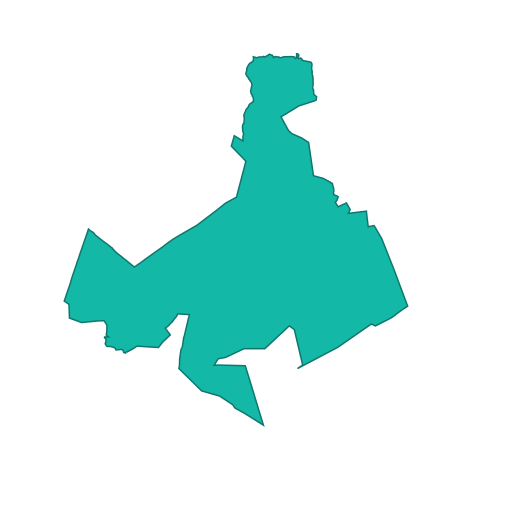 Amatenango del Valle, Chiapas, Mexico, rotated 135°
{"feature_id": "50627088B92291205530410", "entity_name": "Amatenango del Valle", "entity_type": "district", "adm_level": 2, "iso_a3": "MEX", "parent_name": "Mexico", "parent_adm1": "Chiapas", "projection": "albers", "projection_center": [-92.415, 16.516], "detail": "fine", "context": "isolated", "style": "filled", "palette": "teal", "viewbox_px": 512, "rotation_deg": 135, "n_neighbors": 0, "source": "geoboundaries", "source_scale": "gbopen_adm2", "svg_char_len": 5983}
<svg xmlns="http://www.w3.org/2000/svg" viewBox="0 0 512 512"><g transform="rotate(135 256 256)"><path d="M370.4,131.1L364.9,141.4L361.8,147.3L358.7,153.1L355.4,159.2L351.9,165.8L348.8,171.6L341.2,186.0L344.3,189.3L350.1,195.4L356.6,202.2L358.9,204.7L361.9,207.5L362.9,208.3L355.5,210.1L354.1,209.2L349.4,205.9L330.0,198.9L315.3,184.2L309.6,184.0L288.7,183.3L281.9,183.1L280.9,176.9L300.1,145.9L306.3,147.1L262.7,133.6L226.6,127.1L222.5,126.3L221.0,122.1L206.9,117.5L205.1,117.0L203.9,116.6L200.1,115.9L199.5,115.8L199.3,115.8L196.9,115.6L190.4,114.6L185.7,113.6L184.3,113.2L167.9,149.1L156.8,174.8L154.7,179.6L153.8,183.2L153.1,185.8L152.4,188.6L152.3,189.0L152.1,189.7L151.9,190.3L151.5,192.0L151.0,194.0L152.1,194.8L152.5,195.1L152.9,195.3L156.0,197.4L152.7,201.5L152.1,202.3L151.8,202.7L151.5,203.0L151.4,203.2L151.0,203.8L150.5,204.4L149.5,205.6L149.4,205.8L149.0,206.3L148.6,206.7L148.2,207.2L147.5,208.1L147.3,208.4L146.5,209.3L146.2,209.6L147.2,210.4L148.1,211.1L149.1,211.9L149.9,212.6L151.0,213.4L152.2,214.3L153.3,215.2L154.3,216.0L160.5,220.8L156.6,222.2L155.2,227.2L155.2,227.4L155.1,227.5L154.6,229.6L163.1,232.7L162.0,237.8L159.4,238.1L158.8,238.5L156.0,239.7L156.2,240.5L156.4,241.5L156.6,242.0L156.9,242.3L157.2,243.1L157.4,244.5L157.6,244.7L156.9,245.4L156.1,246.3L155.0,246.8L153.7,248.5L153.0,249.4L152.7,249.9L152.4,250.6L152.0,251.2L151.9,251.4L151.3,252.5L150.7,253.4L151.0,253.9L151.2,254.1L151.3,254.3L151.2,254.9L151.1,255.4L151.3,255.7L151.4,256.1L151.4,256.3L151.8,256.9L151.9,258.1L152.1,258.4L153.6,263.4L158.6,272.1L149.3,284.6L147.5,287.0L138.5,299.1L140.3,307.3L144.1,317.1L144.3,321.7L143.9,323.1L139.9,336.7L122.6,332.5L119.5,331.8L118.1,331.1L105.1,324.4L103.3,323.7L100.6,325.6L100.7,329.6L98.8,331.7L97.6,333.2L97.7,333.7L97.4,334.2L97.2,334.8L96.8,335.2L96.4,335.5L95.9,335.7L95.1,336.2L94.4,336.8L90.9,340.4L90.3,341.0L89.7,341.7L89.4,342.4L88.8,342.9L88.5,343.3L88.1,344.1L87.8,344.8L87.4,345.3L86.7,345.8L86.0,346.5L85.4,347.2L85.1,347.9L84.9,348.4L84.4,348.8L83.8,349.6L83.4,349.8L82.5,350.7L81.8,351.1L80.6,352.3L80.4,352.8L80.2,353.5L80.2,354.1L80.4,354.8L83.3,359.1L84.1,360.2L84.6,361.2L84.8,361.7L84.5,362.3L84.3,363.0L84.3,363.7L84.4,364.2L84.7,364.7L85.3,365.0L86.3,365.2L86.3,366.1L85.4,367.0L84.5,367.1L83.9,367.6L83.5,368.2L83.5,369.3L84.3,370.3L85.1,369.2L85.5,368.6L85.8,368.7L86.1,368.8L86.5,368.6L86.8,368.1L87.1,367.5L87.9,367.5L88.6,367.9L88.3,370.1L90.4,372.4L95.7,377.4L97.8,378.4L98.8,379.1L99.0,379.6L99.1,380.7L100.1,381.5L101.1,383.2L102.3,383.8L103.2,383.7L103.1,384.3L102.5,386.6L103.4,387.7L103.7,389.1L109.1,390.4L109.2,390.8L109.3,391.4L109.4,391.7L109.8,391.7L110.2,391.8L111.5,393.1L111.9,393.4L112.6,394.1L113.3,394.7L114.0,395.0L114.8,395.4L115.5,395.9L115.8,396.5L115.9,396.9L116.3,397.4L117.0,398.8L117.8,397.8L118.3,397.2L118.6,396.9L119.3,396.6L119.7,396.2L119.8,396.0L120.3,395.9L120.7,395.9L121.2,396.0L122.0,396.2L122.7,396.2L123.3,396.5L123.9,396.6L124.9,396.6L126.2,396.4L129.9,395.2L130.6,394.5L131.1,394.0L131.7,393.6L132.5,393.1L133.6,392.6L134.5,391.8L135.0,390.4L135.3,389.1L135.3,388.4L135.3,387.6L135.5,387.2L135.6,386.7L135.8,386.6L135.9,386.1L136.0,385.7L136.0,385.2L136.2,384.5L136.3,383.9L136.4,383.5L136.5,382.7L136.7,382.0L136.8,381.5L137.2,380.8L137.7,380.0L138.4,379.3L139.0,379.1L140.3,378.3L143.3,376.3L144.8,373.7L144.9,373.3L144.8,373.0L144.7,372.8L144.9,372.5L145.3,372.0L145.6,371.7L145.6,371.4L145.8,370.2L147.0,368.7L147.6,367.8L148.3,367.6L148.9,366.9L149.4,367.2L149.9,367.3L150.4,367.4L150.9,367.5L151.4,367.5L152.5,367.9L154.1,367.7L156.4,366.8L159.4,366.6L161.8,365.5L163.5,364.9L165.0,364.2L166.1,362.9L166.7,361.8L168.3,360.4L170.4,358.7L170.7,358.4L171.2,358.4L171.7,358.5L172.7,358.0L173.4,357.6L173.6,357.3L174.3,356.8L174.6,356.5L175.0,356.1L175.1,355.7L175.4,355.3L176.0,355.0L176.5,354.5L176.6,354.2L177.1,353.6L177.2,353.1L177.7,352.6L177.9,352.1L178.2,351.4L178.8,350.9L179.3,350.5L179.6,350.4L180.0,350.2L180.5,349.9L181.4,349.1L183.9,346.6L186.3,356.4L195.8,351.1L196.1,330.2L200.5,327.6L220.4,316.0L228.2,311.4L240.0,314.9L251.6,316.2L275.9,319.5L295.3,324.7L303.0,326.6L305.5,327.0L309.6,327.7L315.8,328.5L336.9,332.1L338.6,332.3L338.8,332.3L342.6,332.9L349.8,334.2L350.1,336.9L350.9,344.6L351.3,347.7L351.6,351.5L351.8,352.5L352.2,355.7L352.2,356.5L352.3,357.6L352.3,358.7L352.3,362.5L352.0,362.7L352.0,363.2L352.2,364.2L352.9,370.1L353.5,373.9L353.8,375.8L354.7,383.8L354.8,384.7L354.6,385.7L354.5,386.4L354.5,387.6L354.5,388.1L354.8,389.1L354.9,389.6L355.3,390.6L355.4,393.0L355.4,393.5L363.3,389.6L364.8,388.9L380.4,381.3L382.6,380.1L382.9,380.0L383.9,379.5L387.5,377.9L388.3,377.3L395.2,374.0L402.2,370.5L407.0,367.8L408.4,367.1L412.8,365.0L423.5,359.7L422.4,354.1L431.8,344.0L426.4,332.3L418.6,325.9L413.6,321.8L409.3,317.8L409.7,314.9L410.5,312.3L413.7,309.2L415.2,307.9L415.8,307.4L416.8,306.8L417.8,305.9L417.8,305.3L417.8,304.5L417.5,303.1L418.6,304.0L419.2,304.7L420.1,305.7L420.9,305.4L420.9,304.0L421.1,302.9L422.7,301.6L424.4,300.8L424.9,300.1L425.2,298.5L425.3,297.4L422.7,294.7L421.4,292.4L420.8,290.5L421.4,288.4L420.5,287.9L419.5,287.0L418.5,286.1L417.3,285.2L416.7,283.9L417.2,282.2L417.8,281.4L417.2,280.2L416.9,279.6L416.7,279.6L416.3,279.7L415.8,280.0L415.3,279.7L414.7,279.1L414.0,279.2L413.7,278.9L413.3,278.8L408.6,277.4L403.9,276.4L389.7,260.3L382.8,261.1L372.4,260.8L371.2,269.1L369.2,268.8L367.3,268.6L363.9,268.7L362.9,268.7L361.9,268.6L360.0,268.9L357.5,269.3L355.5,269.4L353.8,269.8L353.2,270.1L352.6,270.3L352.3,270.5L344.6,261.7L345.8,260.8L346.5,260.3L347.2,260.1L351.9,257.2L352.0,257.1L357.7,253.6L363.2,250.2L365.4,249.1L366.2,248.4L366.9,247.9L367.5,247.4L367.9,247.1L368.4,246.7L368.9,246.3L369.8,245.8L370.4,245.3L371.6,244.3L372.6,243.7L373.2,243.5L374.0,243.3L374.6,243.1L375.7,242.5L380.3,239.1L382.8,237.2L385.4,234.7L388.4,232.0L390.1,231.1L389.8,198.9L382.8,186.4L380.8,182.7L377.6,167.3L378.4,163.4L375.4,153.0L374.8,150.3L373.6,145.2L370.4,131.1Z" fill="#14b8a6" stroke="#0f766e" stroke-width="1.5"/></g></svg>